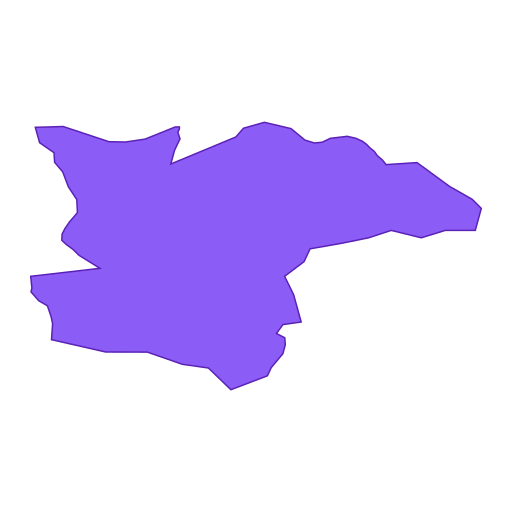 map outline of Erglu (Equal Earth projection)
{"feature_id": "LVA-5786", "entity_name": "Erglu", "entity_type": "Municipality", "adm_level": 1, "iso_a3": "LVA", "parent_name": "Latvia", "parent_adm1": "", "projection": "equal_earth", "projection_center": [25.673, 56.885], "detail": "fine", "context": "isolated", "style": "filled", "palette": "violet", "viewbox_px": 512, "rotation_deg": 0, "n_neighbors": 0, "source": "natural_earth", "source_scale": "10m", "svg_char_len": 1077}
<svg xmlns="http://www.w3.org/2000/svg" viewBox="0 0 512 512"><path d="M35.3,127.3L50.4,126.9L63.1,126.5L109.0,141.7L125.5,142.0L145.1,139.1L175.1,127.0L179.4,126.9L179.4,129.0L177.9,132.2L180.0,138.9L174.6,150.2L170.8,164.0L235.8,137.0L243.5,128.2L264.4,122.3L291.0,128.6L305.0,140.1L314.5,143.0L322.2,142.2L330.4,138.3L347.3,136.3L355.9,138.3L362.7,141.4L366.7,144.5L370.1,148.0L374.3,151.4L377.3,155.6L382.5,160.1L386.1,164.6L417.0,162.6L449.7,186.5L472.2,199.3L481.3,208.4L475.3,230.4L445.3,230.4L421.3,237.8L391.2,230.4L368.7,237.8L341.6,243.3L310.1,248.8L304.1,261.6L284.6,276.3L293.6,294.6L301.2,322.0L282.9,324.6L276.5,333.5L284.8,337.8L285.3,344.7L282.9,353.7L271.3,367.5L267.4,375.8L230.9,389.7L208.4,368.0L182.3,364.3L147.3,352.1L105.6,352.0L51.5,339.7L52.6,323.7L51.0,316.3L47.4,305.8L38.8,300.8L31.0,291.9L31.9,288.1L30.7,276.3L99.9,268.3L79.1,255.4L73.1,249.5L66.4,244.6L61.8,240.3L62.1,234.1L64.9,228.6L69.5,221.9L77.4,212.7L76.8,199.6L68.4,186.9L62.7,171.9L54.6,162.3L54.0,152.7L39.6,142.7L35.3,127.3Z" fill="#8b5cf6" stroke="#5b21b6" stroke-width="1.5"/></svg>